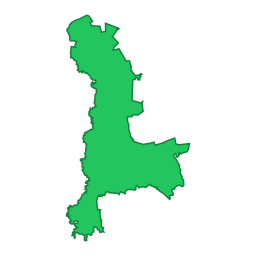 the district of Abasolo, Guanajuato, Mexico
{"feature_id": "50627088B42096071159121", "entity_name": "Abasolo", "entity_type": "district", "adm_level": 2, "iso_a3": "MEX", "parent_name": "Mexico", "parent_adm1": "Guanajuato", "projection": "orthographic", "projection_center": [-101.545, 20.537], "detail": "fine", "context": "isolated", "style": "filled", "palette": "green", "viewbox_px": 256, "rotation_deg": 0, "n_neighbors": 0, "source": "geoboundaries", "source_scale": "gbopen_adm2", "svg_char_len": 5679}
<svg xmlns="http://www.w3.org/2000/svg" viewBox="0 0 256 256"><path d="M174.7,138.1L166.3,141.2L162.3,143.1L155.4,145.1L153.9,143.0L154.1,142.2L150.0,143.3L143.2,144.4L134.5,141.8L133.7,141.5L133.3,139.7L132.5,139.7L132.6,138.6L130.5,136.3L130.2,134.0L128.7,129.2L128.8,125.0L127.5,121.1L127.5,116.6L131.8,116.7L133.7,114.6L137.7,115.1L143.1,111.4L142.0,104.0L142.6,101.6L140.6,103.0L132.0,100.4L132.8,79.8L135.1,79.5L135.1,77.9L136.5,77.6L137.2,77.7L137.9,79.8L139.7,79.9L140.1,76.5L140.7,76.7L140.9,74.7L141.8,74.3L141.5,73.8L139.4,74.6L138.9,75.2L135.3,75.6L131.7,71.3L131.5,70.6L130.7,70.4L131.0,67.5L131.4,67.4L129.5,60.9L126.0,61.0L119.0,48.8L113.2,50.2L114.1,47.1L118.4,43.1L112.6,36.6L117.1,30.0L117.4,29.5L116.8,29.5L116.8,29.2L117.4,29.3L118.1,28.8L118.5,29.1L118.9,28.4L105.5,23.3L105.6,31.4L101.4,32.3L99.8,26.2L91.6,25.8L90.0,22.4L92.6,21.5L89.3,16.4L88.0,15.6L86.6,15.4L81.4,18.1L75.4,20.5L72.0,22.3L69.7,24.6L68.8,27.9L67.8,28.3L67.2,29.1L67.0,31.0L68.7,33.6L69.9,36.8L69.8,39.4L70.3,40.9L74.6,40.8L75.5,41.4L76.5,41.5L75.0,45.3L75.0,46.6L75.4,47.0L71.2,46.7L71.4,48.4L71.1,48.4L70.5,54.0L71.3,56.4L70.6,56.9L70.7,57.6L73.3,58.4L74.0,59.9L76.5,61.3L76.7,62.0L76.3,64.5L77.6,64.8L77.9,65.2L77.6,66.8L78.7,68.3L78.4,69.1L77.4,69.3L77.3,69.9L78.4,70.7L79.1,72.0L79.7,72.1L80.3,71.4L81.3,71.4L81.7,72.4L82.3,72.6L82.4,71.3L83.0,70.9L84.1,72.2L85.9,73.3L87.2,73.0L88.2,74.4L90.2,76.0L91.0,78.6L92.9,79.9L95.6,80.3L95.9,81.4L95.2,82.3L95.5,83.1L94.1,82.9L94.1,83.5L93.6,84.4L92.8,84.3L92.4,83.6L92.7,82.6L92.4,82.0L91.8,82.6L91.1,84.6L91.5,86.7L92.7,86.8L93.3,87.8L94.0,87.4L94.5,88.5L95.3,88.3L96.5,89.1L96.2,90.9L96.7,92.8L95.8,93.6L94.9,95.9L95.4,97.6L94.6,98.8L95.0,100.9L94.4,101.4L94.6,102.1L94.1,102.9L94.7,103.4L95.5,105.9L96.0,106.5L94.9,106.7L93.8,107.8L92.8,107.6L92.3,108.8L91.2,109.0L90.3,108.2L90.2,110.2L89.2,111.2L89.6,112.6L89.0,112.8L89.2,113.6L88.9,114.7L89.6,116.1L90.7,116.2L90.8,117.0L91.6,117.1L91.6,118.0L92.4,117.6L92.8,118.2L92.0,118.5L92.2,119.6L91.7,119.0L91.2,119.0L91.7,120.0L91.7,121.0L91.0,122.0L91.7,123.7L92.5,123.6L92.7,123.0L93.5,123.9L92.5,126.2L93.2,128.9L91.3,129.8L90.8,129.3L89.9,130.5L89.0,130.6L87.7,131.5L87.1,131.4L86.6,132.3L85.3,132.4L84.6,133.0L84.9,133.5L84.7,135.2L83.7,135.0L83.4,135.5L83.5,137.0L83.0,137.8L83.1,139.0L84.2,141.3L83.4,141.9L83.7,142.4L85.0,142.4L86.0,143.1L85.9,144.1L86.5,144.5L86.2,145.2L86.5,146.3L85.8,147.9L86.1,149.0L85.7,149.5L86.0,150.5L84.8,153.7L85.3,154.7L85.6,157.2L85.0,157.4L85.3,158.0L85.1,159.0L81.7,158.7L80.3,159.8L80.6,160.8L81.5,160.5L82.3,160.9L81.8,163.3L82.7,163.9L82.0,166.8L83.5,167.5L83.8,168.6L82.2,169.3L82.5,170.9L83.4,171.6L83.9,172.9L84.4,173.2L84.2,173.9L84.7,175.0L85.2,175.2L86.2,174.8L86.2,175.7L87.2,176.0L86.9,177.2L89.0,177.7L88.8,178.4L89.1,178.9L88.5,179.6L89.0,180.1L88.3,180.6L88.8,180.9L87.3,181.7L86.5,181.2L86.3,181.7L87.0,182.5L85.6,182.5L85.8,183.3L86.7,183.1L87.8,184.5L87.6,185.5L86.4,185.7L86.3,186.5L85.4,186.0L85.1,186.2L85.1,187.1L85.9,187.2L85.5,187.8L85.9,188.4L85.3,189.1L86.2,188.9L86.6,189.2L86.2,190.3L86.8,191.2L85.2,192.0L86.2,192.8L84.0,193.0L83.3,194.1L82.0,194.9L82.0,196.2L81.1,197.3L80.9,198.7L80.2,198.9L79.5,200.2L78.2,200.4L78.2,201.8L77.8,202.2L78.6,203.3L77.0,204.5L76.7,205.3L74.2,205.2L72.1,207.1L71.3,206.0L70.0,205.5L69.7,205.6L69.6,206.8L69.9,207.5L69.6,207.8L68.7,207.3L68.1,207.5L67.7,208.3L68.4,208.4L68.2,209.3L68.7,209.5L68.2,210.8L68.5,211.4L67.1,213.4L68.2,213.3L68.3,214.5L67.0,214.5L66.5,215.2L66.6,216.0L67.4,216.1L67.8,216.5L69.0,216.4L68.6,216.7L68.6,217.7L70.8,219.7L70.6,220.3L71.0,221.1L69.5,221.7L70.3,223.4L71.7,224.0L74.0,223.9L74.3,223.5L73.6,222.0L74.6,221.1L76.9,220.8L77.5,220.9L77.9,221.7L77.4,222.8L75.9,223.3L75.3,224.0L74.6,224.2L75.0,225.9L77.4,227.5L75.7,228.3L75.6,229.0L73.9,229.2L74.2,230.4L74.0,231.1L74.8,231.9L73.2,232.7L72.8,232.3L72.4,233.2L73.2,234.2L72.0,235.5L74.3,235.7L74.4,237.4L74.8,238.1L75.4,237.1L74.8,236.2L74.6,235.2L75.9,232.8L78.0,232.4L78.9,233.9L80.3,234.2L81.8,233.7L83.0,235.1L84.7,235.3L84.3,239.8L85.0,240.6L86.3,240.6L86.7,240.5L86.5,238.5L87.2,236.6L86.4,235.0L88.5,234.1L90.2,235.1L91.5,235.2L91.7,233.4L93.7,231.8L93.4,231.2L93.8,230.5L93.8,227.6L94.0,226.9L96.6,227.3L97.0,227.7L97.5,229.7L99.3,230.0L99.7,232.2L100.5,231.8L101.5,232.3L102.5,231.7L103.8,231.9L102.7,230.2L103.4,227.7L102.9,227.8L101.8,226.9L101.4,226.0L101.2,223.9L101.5,223.4L101.5,220.1L100.9,220.2L99.8,213.4L100.3,211.9L99.6,210.1L100.1,209.9L98.5,209.4L98.4,209.8L97.9,209.9L97.3,208.6L96.7,200.8L97.8,196.9L98.8,195.2L99.6,195.2L98.9,196.2L101.1,196.5L102.4,196.0L102.4,194.7L104.6,195.4L106.2,191.8L109.2,192.2L109.2,192.7L109.9,192.9L117.4,193.3L119.2,194.5L120.4,191.6L125.2,193.7L125.1,192.0L127.2,189.6L131.8,189.5L133.4,189.9L133.8,189.7L134.7,190.2L136.1,188.9L135.6,187.5L135.9,186.6L136.9,185.6L138.7,187.8L139.7,187.3L139.7,187.6L140.5,187.4L140.4,187.7L140.6,187.1L142.8,186.8L145.7,187.4L146.2,187.1L146.3,186.5L148.3,185.7L149.5,184.2L150.6,185.5L151.6,185.3L151.8,186.1L154.2,186.7L154.4,187.4L157.0,187.5L156.4,188.1L156.4,188.7L157.5,189.5L158.1,189.4L159.9,191.3L163.3,193.3L169.7,199.4L170.2,198.5L169.4,196.0L170.6,195.3L172.7,195.4L173.4,193.8L171.8,190.8L172.0,189.2L174.4,189.4L174.9,188.0L176.2,186.4L178.3,185.4L179.9,185.1L181.9,186.6L183.1,186.2L183.8,185.1L183.5,180.0L181.9,178.4L182.1,176.5L180.0,172.8L180.7,169.9L179.4,167.8L179.5,165.4L175.5,158.4L174.5,157.6L173.8,156.6L173.8,154.4L174.6,153.6L175.6,153.6L176.0,154.4L176.1,156.4L177.2,157.2L178.3,156.4L179.2,154.7L178.8,153.1L179.0,152.3L181.1,153.9L184.2,152.2L185.9,152.1L187.0,151.7L188.3,149.6L189.5,143.6L178.8,144.8L175.9,144.0L174.7,138.1Z" fill="#22c55e" stroke="#15803d" stroke-width="1.5"/></svg>